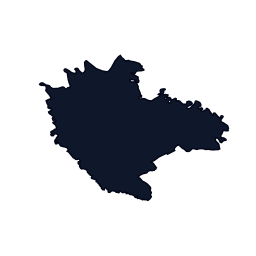 the district of Ricaurte, Cundinamarca, Colombia, rotated 107°
{"feature_id": "7082276B32773092643387", "entity_name": "Ricaurte", "entity_type": "district", "adm_level": 2, "iso_a3": "COL", "parent_name": "Colombia", "parent_adm1": "Cundinamarca", "projection": "equal_earth", "projection_center": [-74.719, 4.31], "detail": "fine", "context": "isolated", "style": "filled", "palette": "ink", "viewbox_px": 256, "rotation_deg": 107, "n_neighbors": 0, "source": "geoboundaries", "source_scale": "gbopen_adm2", "svg_char_len": 5771}
<svg xmlns="http://www.w3.org/2000/svg" viewBox="0 0 256 256"><g transform="rotate(107 128 128)"><path d="M190.9,87.4L188.9,86.2L187.0,85.6L186.6,85.8L185.6,87.1L183.0,86.8L181.0,88.8L179.7,88.6L178.2,89.2L176.0,93.1L175.0,96.3L174.7,98.6L172.6,101.9L172.6,103.4L172.2,103.9L170.5,103.3L169.3,102.5L167.5,100.6L165.4,97.0L163.0,95.9L161.9,93.9L161.8,92.7L160.6,90.4L159.7,90.2L159.2,89.6L158.9,89.8L157.8,89.2L154.5,93.5L153.7,96.0L151.3,93.4L146.4,89.8L140.9,83.8L141.5,82.6L135.9,76.8L135.2,77.7L133.1,77.5L131.1,76.5L130.1,75.7L129.2,75.7L130.0,72.9L131.3,70.4L131.9,67.7L133.1,65.5L133.1,64.6L132.7,63.3L131.9,62.2L128.9,60.5L128.5,59.6L128.3,55.7L127.4,54.7L126.3,52.1L125.8,49.8L125.8,47.5L124.8,44.8L124.4,41.8L124.0,40.8L123.9,39.7L123.1,38.1L122.3,35.5L121.2,34.2L117.0,36.5L116.1,37.8L114.9,40.2L113.6,41.1L112.3,41.4L111.7,40.8L111.6,38.8L113.2,36.8L114.4,35.9L114.7,34.6L114.4,34.1L113.2,33.8L112.0,32.6L111.0,30.7L110.5,30.8L110.2,31.2L109.7,32.7L109.6,33.9L109.9,35.0L109.6,36.5L108.7,37.1L106.7,37.0L106.0,36.5L103.9,36.5L102.6,36.1L102.3,35.8L102.0,33.4L101.3,31.6L100.7,31.5L100.0,32.2L98.8,31.9L96.7,33.5L95.2,38.3L94.9,40.7L94.0,41.2L92.6,41.5L89.6,40.4L89.1,40.6L88.9,41.0L88.9,41.7L89.2,42.5L91.2,42.7L91.6,43.2L90.6,45.6L88.4,49.1L88.4,49.5L88.6,50.2L89.0,50.4L90.9,50.5L91.0,50.7L88.4,54.4L87.0,55.8L86.2,57.8L86.4,58.7L87.7,58.7L88.2,59.0L88.8,60.0L89.5,60.4L90.2,61.7L90.3,62.9L89.9,63.4L89.4,63.3L88.1,62.2L87.5,62.7L87.4,63.9L88.6,64.9L89.1,65.8L88.8,66.5L87.5,66.5L86.5,65.8L85.7,64.9L84.6,65.1L83.2,66.1L82.6,67.4L82.3,68.8L82.3,70.6L82.6,71.3L85.0,71.3L90.8,74.3L91.8,75.6L92.0,77.2L91.3,77.8L90.8,77.8L89.0,76.4L87.3,74.3L86.5,73.9L85.6,73.9L84.7,75.2L84.5,76.7L84.7,77.9L85.8,79.3L87.6,79.0L88.4,79.6L89.1,82.3L88.9,83.3L87.2,86.4L87.2,87.5L87.7,89.1L87.6,89.8L87.1,90.3L85.9,90.5L85.8,91.3L87.7,93.4L88.6,94.9L89.1,95.2L90.1,94.6L91.0,94.7L91.9,95.6L92.1,96.4L91.8,97.0L90.1,97.2L89.5,96.9L88.2,95.7L87.3,95.7L86.7,96.8L87.0,98.6L90.1,100.3L90.2,100.6L89.9,101.2L88.8,101.9L87.8,101.3L87.1,99.7L84.8,99.4L84.7,100.1L85.1,102.1L85.6,103.2L85.7,104.0L84.7,104.6L83.0,104.4L81.8,105.0L80.4,103.7L80.2,103.7L79.9,104.2L80.4,106.0L81.7,108.0L82.9,108.2L84.5,107.2L85.4,107.2L86.4,108.5L87.1,108.8L87.2,108.1L86.0,106.5L86.2,106.2L87.4,106.1L92.4,111.1L95.2,113.2L95.8,116.8L95.2,120.1L95.3,121.6L96.7,124.6L96.6,125.7L96.1,126.3L95.3,126.4L94.8,125.9L94.8,124.8L94.5,124.2L93.2,124.5L92.2,126.2L91.2,126.5L87.0,130.0L85.4,130.4L82.9,132.7L82.3,133.6L82.0,134.5L82.1,135.8L83.0,137.7L82.9,138.5L81.8,140.5L81.5,140.6L80.8,140.2L80.2,136.8L80.6,134.4L81.8,132.4L81.5,131.6L80.8,131.3L79.9,131.4L79.1,131.9L78.4,132.8L76.9,133.0L76.3,133.4L75.2,140.2L74.7,141.3L74.2,140.9L73.9,139.9L74.0,139.3L74.6,138.7L74.5,137.8L73.6,137.2L71.2,136.6L70.3,134.9L69.4,132.2L68.1,129.9L67.6,129.9L66.8,131.9L66.0,132.6L64.8,132.6L64.4,134.1L63.0,135.8L62.9,141.1L63.4,144.9L63.3,147.2L64.3,149.6L64.5,150.9L63.4,152.2L62.8,154.1L60.9,156.6L63.0,158.1L67.8,160.0L75.2,161.5L78.6,162.8L79.8,163.6L80.3,164.6L80.6,165.8L81.0,169.4L80.5,175.8L75.9,187.4L76.5,188.2L78.0,188.6L81.4,187.3L84.4,185.8L86.8,185.9L88.5,186.8L88.9,187.8L88.8,188.6L87.6,191.4L86.0,193.1L85.8,194.3L86.6,195.7L87.3,196.0L88.3,194.5L88.8,194.0L90.1,193.9L91.2,194.1L91.4,194.4L91.6,198.0L90.5,201.0L89.8,204.1L89.8,205.1L90.4,205.9L91.5,206.0L92.3,205.2L92.6,204.6L92.7,203.0L93.2,202.1L98.9,199.4L101.8,197.6L104.9,195.1L106.4,196.0L107.1,197.3L108.9,198.4L108.9,199.4L108.0,200.9L107.8,202.3L110.7,206.6L112.3,211.3L111.9,213.6L110.6,215.6L110.8,219.3L109.9,222.6L110.1,223.7L110.8,224.7L112.0,225.3L112.5,224.6L112.5,223.4L111.6,219.9L111.9,218.7L113.9,217.6L115.9,217.6L116.4,217.3L119.6,212.5L121.7,210.4L122.5,210.2L124.0,212.3L125.8,214.2L128.4,212.4L129.4,211.1L131.8,210.5L132.1,210.0L132.3,208.7L131.7,207.9L131.7,207.4L132.3,206.8L133.7,206.8L135.2,207.8L135.8,208.6L136.5,208.3L137.6,206.3L137.5,205.8L138.5,203.8L138.6,202.9L138.9,202.6L139.4,202.1L140.0,202.4L140.3,203.1L140.9,203.1L142.5,201.9L142.4,201.2L141.4,200.2L142.3,198.9L142.9,199.1L144.3,201.2L144.9,201.3L145.3,200.8L146.0,198.8L146.9,197.5L149.6,195.9L150.7,197.7L152.0,198.5L154.1,200.5L154.7,200.5L155.8,198.9L156.3,199.0L156.5,199.8L156.9,199.9L157.6,198.9L157.4,197.5L156.8,197.0L155.5,196.9L154.6,195.5L154.6,194.0L155.3,192.8L156.4,192.5L158.0,193.5L159.6,193.5L160.5,194.1L161.4,194.2L162.4,194.0L164.2,192.7L164.2,192.0L163.7,191.3L163.2,191.2L162.8,191.7L162.4,193.0L161.6,192.9L161.2,191.8L161.8,190.9L162.8,190.0L163.6,188.3L164.3,187.9L164.7,187.3L164.8,185.5L164.5,182.0L164.6,180.6L166.2,178.7L167.0,178.7L168.0,179.3L168.3,177.7L172.5,171.5L172.6,170.0L173.2,169.1L173.2,168.3L172.7,167.1L172.0,166.5L172.2,165.6L174.0,163.3L174.3,163.5L174.8,165.6L176.3,165.4L177.5,163.4L178.9,163.0L180.2,161.6L180.7,160.6L180.1,159.3L179.9,158.2L179.9,156.7L180.4,155.0L181.3,154.1L182.1,153.8L183.8,150.9L184.1,150.0L184.1,148.1L186.3,148.5L186.8,147.9L186.8,143.5L187.2,143.0L188.5,142.8L188.7,142.3L188.5,141.8L188.7,140.8L188.9,140.5L189.7,140.5L189.9,140.1L190.1,138.4L190.9,138.6L191.6,137.4L191.9,137.2L191.9,136.4L192.1,136.1L193.3,135.8L194.4,134.0L194.0,132.6L192.6,132.8L191.7,132.2L191.7,131.2L192.9,130.0L193.3,128.7L193.6,128.4L194.8,128.3L195.1,127.8L195.1,127.1L194.6,126.4L193.1,125.4L192.2,124.4L192.5,123.3L192.0,122.0L192.9,120.5L192.5,119.1L192.6,117.9L192.1,117.6L191.1,118.1L190.6,117.0L191.4,114.5L191.0,113.4L190.5,112.9L190.5,111.8L190.0,110.8L190.2,110.4L190.7,110.7L191.2,110.4L191.0,109.8L190.3,108.7L191.0,106.6L190.5,104.7L191.0,102.2L192.2,100.8L192.1,100.4L191.4,100.6L190.7,99.3L191.8,99.3L192.5,98.3L191.9,96.7L192.1,95.9L192.1,94.3L192.4,93.2L192.2,92.7L191.4,92.3L191.7,90.9L191.0,89.4L191.5,88.3L190.9,87.4Z" fill="#0f172a" stroke="#020617" stroke-width="1.5"/></g></svg>